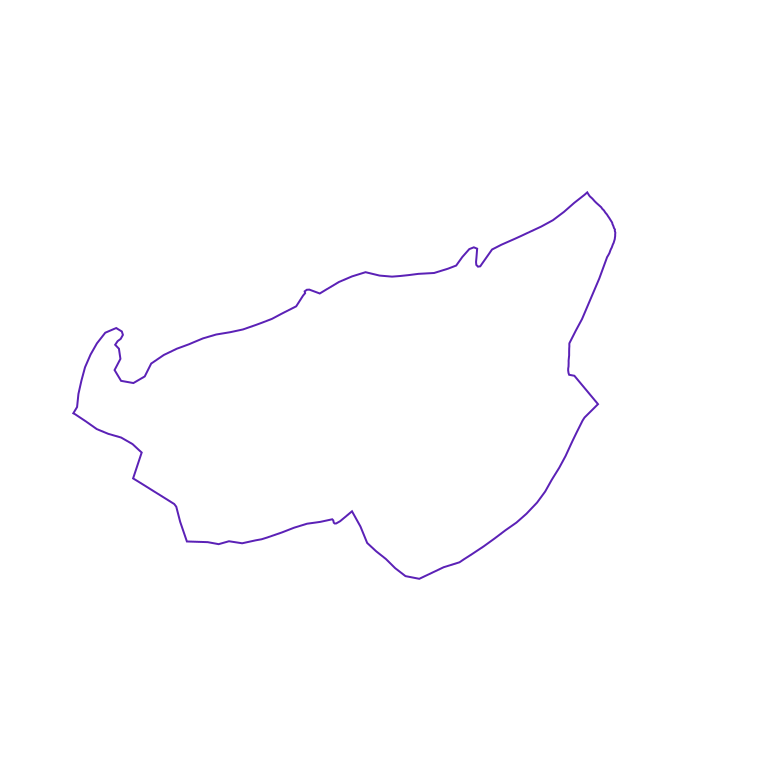 outline of Aflah Ash Sham, Hajjah, Yemen, rotated 58°
{"feature_id": "15242507B83432581375198", "entity_name": "Aflah Ash Sham", "entity_type": "district", "adm_level": 2, "iso_a3": "YEM", "parent_name": "Yemen", "parent_adm1": "Hajjah", "projection": "robinson", "projection_center": [43.41, 16.053], "detail": "fine", "context": "isolated", "style": "outline", "palette": "violet", "viewbox_px": 768, "rotation_deg": 58, "n_neighbors": 0, "source": "geoboundaries", "source_scale": "gbopen_adm2", "svg_char_len": 2601}
<svg xmlns="http://www.w3.org/2000/svg" viewBox="0 0 768 768"><g transform="rotate(58 384 384)"><path d="M514.5,213.2L477.9,218.2L474.3,222.1L472.5,221.7L470.0,220.6L468.5,219.6L466.9,218.2L463.9,216.2L462.2,215.2L459.6,213.2L457.8,211.8L456.5,211.0L454.6,209.8L452.0,208.1L450.2,206.8L448.7,205.9L447.7,205.2L440.4,193.1L433.9,181.7L408.6,145.5L395.6,128.8L394.7,127.7L393.7,125.7L392.4,123.4L390.8,121.4L389.8,120.0L389.0,118.6L387.9,117.2L386.8,115.8L386.1,114.6L384.7,113.0L383.4,111.5L382.1,110.5L381.1,109.6L379.8,108.8L378.2,107.6L376.4,107.1L375.4,106.3L373.6,106.3L371.7,105.8L369.4,105.5L368.1,105.0L366.6,105.0L365.3,105.0L363.7,105.0L362.4,105.0L360.4,105.1L358.3,105.1L356.5,105.4L355.0,105.5L353.4,105.5L350.9,106.1L349.3,106.1L347.2,106.7L343.1,107.9L340.6,108.5L338.7,108.8L337.0,109.1L333.9,110.0L332.3,110.1L329.2,110.1L329.8,113.6L331.2,126.7L333.4,140.2L334.5,152.8L334.6,153.9L333.8,167.3L331.9,182.6L331.1,189.3L330.2,196.1L328.1,210.6L327.2,221.1L334.1,237.5L335.2,240.0L334.3,242.1L331.9,242.6L329.3,241.3L325.5,238.4L318.6,233.3L315.7,235.4L314.8,240.2L317.8,250.3L320.3,256.4L321.8,260.0L320.1,268.7L316.4,282.7L308.8,296.5L304.8,305.2L303.2,308.5L300.9,313.2L297.2,320.3L289.7,330.3L279.4,340.4L275.8,354.1L273.6,368.1L273.3,382.9L273.2,390.5L264.4,397.3L263.2,399.5L263.4,402.2L265.2,402.8L266.1,405.7L271.6,417.3L270.5,429.6L270.1,434.3L269.4,444.4L267.4,454.8L266.0,461.5L263.0,474.7L258.6,486.9L253.1,500.1L249.4,513.3L247.7,523.6L247.0,528.1L245.4,535.8L244.3,540.9L242.7,555.4L243.3,570.6L250.8,582.9L250.4,596.0L242.0,605.3L229.4,605.1L223.0,594.2L213.6,590.1L208.3,591.2L206.5,587.2L206.2,583.4L204.0,579.4L200.5,578.5L194.6,581.5L192.8,593.2L197.4,605.9L203.5,617.2L211.4,628.7L220.5,638.5L222.0,640.0L230.5,648.4L240.9,656.5L244.2,663.0L245.9,662.0L257.4,656.8L270.0,651.5L280.2,644.2L290.1,635.3L301.7,629.1L310.6,626.7L313.7,625.8L331.1,646.8L335.5,644.6L374.6,625.5L378.0,625.2L392.9,629.9L413.1,634.6L424.7,617.3L432.2,609.1L435.2,598.8L443.9,588.7L448.6,575.6L450.8,570.1L452.4,564.0L452.6,563.0L455.8,549.2L458.2,536.5L461.7,523.3L465.3,515.3L467.2,511.0L471.3,499.6L472.8,499.3L475.0,500.1L476.2,499.7L476.9,498.5L477.1,493.9L475.0,478.6L492.4,479.5L509.9,482.5L519.5,479.9L521.7,479.3L533.5,475.1L546.2,472.1L558.3,467.6L567.9,457.3L571.0,430.5L575.2,414.5L575.0,408.9L574.9,399.5L574.5,385.2L573.6,371.9L572.4,358.5L571.7,345.1L569.5,331.8L568.0,326.1L565.7,317.1L560.6,304.3L554.3,292.8L552.9,290.0L547.9,279.8L541.3,268.2L534.2,257.4L531.8,253.7L527.1,246.2L520.2,234.9L518.7,231.7L514.5,213.2Z" fill="none" stroke="#5b21b6" stroke-width="2"/></g></svg>